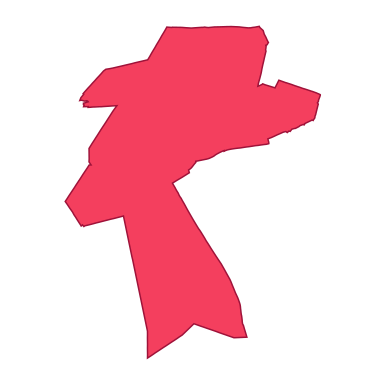 the district of Coyotepec, México, Mexico, rotated 271°
{"feature_id": "50627088B26424362645018", "entity_name": "Coyotepec", "entity_type": "district", "adm_level": 2, "iso_a3": "MEX", "parent_name": "Mexico", "parent_adm1": "México", "projection": "orthographic", "projection_center": [-99.22, 19.786], "detail": "fine", "context": "isolated", "style": "filled", "palette": "rose", "viewbox_px": 384, "rotation_deg": 271, "n_neighbors": 0, "source": "geoboundaries", "source_scale": "gbopen_adm2", "svg_char_len": 5924}
<svg xmlns="http://www.w3.org/2000/svg" viewBox="0 0 384 384"><g transform="rotate(271 192 192)"><path d="M266.0,310.8L265.6,311.9L266.7,312.4L267.3,313.0L267.8,313.3L268.8,313.6L270.1,313.7L271.2,314.2L274.8,315.0L277.4,315.6L280.9,316.4L281.9,316.7L282.3,316.6L282.6,316.4L282.9,316.2L283.3,315.8L283.6,315.9L283.9,316.2L284.6,316.7L285.2,316.9L285.5,316.8L285.9,316.9L286.7,317.1L287.1,317.3L288.0,317.6L288.7,317.9L289.2,318.0L290.0,318.3L290.6,318.5L291.3,318.6L291.6,318.5L291.8,318.0L292.0,317.5L292.3,317.1L292.7,315.8L293.1,315.1L294.7,310.4L295.1,308.9L295.6,307.5L295.7,307.0L296.0,306.2L297.1,302.5L297.1,302.4L297.6,300.7L298.7,297.5L299.0,296.4L299.4,295.1L299.6,294.7L299.7,294.2L300.1,292.9L300.6,291.5L301.1,290.1L301.2,289.8L301.6,288.5L301.7,288.2L301.9,287.5L302.0,287.2L302.2,286.5L302.8,284.6L302.9,284.0L305.3,276.9L301.5,275.1L299.7,274.2L298.8,273.8L298.6,273.7L298.0,273.3L297.6,273.2L298.2,271.1L299.7,265.9L300.5,263.1L301.4,260.8L300.8,260.2L300.7,259.9L299.8,258.2L298.9,256.0L299.8,256.2L301.2,256.4L302.2,256.6L306.8,257.8L310.1,258.6L312.3,259.1L314.0,259.4L316.0,259.7L320.1,260.5L324.2,261.4L327.2,262.0L333.2,263.3L333.9,263.5L334.6,263.4L335.3,263.1L335.9,263.2L336.3,263.3L338.4,263.5L339.5,263.6L339.8,263.5L339.7,263.3L340.0,263.2L340.3,264.0L340.5,264.5L342.9,265.8L343.4,265.4L344.0,265.1L345.8,264.2L348.0,263.2L351.2,261.4L352.0,261.2L352.9,260.9L354.5,260.4L355.0,260.0L356.8,257.9L357.2,257.5L357.7,256.9L358.2,256.6L358.6,256.5L358.8,256.4L357.9,252.0L357.6,249.7L357.2,247.8L357.1,245.9L357.1,244.7L357.2,244.0L357.5,240.1L357.9,236.2L358.0,232.5L358.1,228.8L358.0,224.9L357.8,221.0L357.6,216.9L357.4,211.5L356.8,206.3L356.7,205.8L356.8,203.8L357.1,201.7L356.8,200.1L356.8,198.9L356.5,195.3L356.2,191.8L355.9,188.5L356.1,183.8L356.4,178.9L356.4,175.7L356.4,172.5L356.4,169.3L356.2,169.1L356.2,168.6L356.4,164.5L356.5,164.0L353.5,162.4L350.5,160.7L347.6,159.0L344.6,157.4L341.6,155.7L338.7,154.0L335.7,152.4L332.8,150.7L329.8,149.0L326.8,147.4L323.9,145.7L323.4,145.4L322.6,142.3L321.8,139.1L321.0,135.9L320.2,132.7L319.3,129.6L318.5,126.4L317.7,123.2L316.9,120.1L316.1,116.9L315.3,113.7L314.5,110.5L313.8,107.1L313.2,103.7L311.4,101.4L308.9,99.3L306.4,97.1L304.0,94.9L301.5,92.8L299.1,90.6L296.6,88.5L294.2,86.3L290.1,82.8L288.4,81.4L288.1,81.7L287.8,82.0L284.9,79.7L284.4,79.3L281.5,78.2L281.7,79.1L281.8,80.1L281.7,80.5L281.0,82.9L281.1,83.7L281.2,84.2L281.4,85.2L281.3,85.6L280.9,86.3L280.4,86.7L280.2,86.0L279.8,84.9L279.3,83.5L278.9,81.9L278.2,82.0L277.8,81.9L277.4,82.0L277.2,82.4L276.9,82.7L276.3,82.4L275.4,82.1L275.6,86.7L274.8,86.6L275.0,89.5L275.1,89.8L275.3,92.5L275.3,93.1L275.6,97.1L275.7,99.6L275.7,99.9L275.9,101.9L276.3,106.7L276.3,106.8L276.7,111.2L276.7,111.3L276.9,114.4L277.0,115.4L272.0,111.9L269.3,110.2L266.5,108.5L263.8,106.8L261.0,105.1L258.3,103.4L255.5,101.6L252.8,99.9L250.0,98.2L247.2,96.5L244.5,94.8L241.7,93.1L239.0,91.4L233.8,88.3L233.5,88.3L230.1,88.4L226.6,88.5L223.2,88.6L220.3,88.5L217.3,90.6L217.2,89.2L217.2,88.7L214.1,86.8L211.0,84.8L207.9,82.8L204.8,80.9L201.6,78.9L201.4,78.7L199.9,77.8L197.1,76.0L194.3,74.3L191.5,72.5L188.7,70.7L185.9,68.9L183.1,67.2L180.3,65.4L177.3,67.6L174.2,69.7L171.2,71.9L170.0,72.8L169.3,73.2L169.1,73.3L167.9,74.0L167.5,74.2L166.4,74.9L165.2,75.8L162.1,77.8L159.1,79.8L156.3,81.7L156.1,81.8L157.2,83.1L155.6,84.5L156.3,85.4L157.4,89.7L158.6,94.0L158.9,95.0L159.7,97.7L159.7,97.9L160.6,101.2L161.5,104.4L162.4,107.7L163.3,110.9L164.1,114.2L165.0,117.4L165.9,120.7L166.8,123.9L163.7,124.6L160.6,125.3L157.5,126.0L154.4,126.7L151.3,127.4L148.2,128.1L145.1,128.8L142.0,129.5L138.9,130.2L135.8,130.9L132.7,131.6L129.6,132.3L126.5,133.0L123.4,133.8L120.3,134.5L117.2,135.2L114.1,135.9L111.0,136.6L107.9,137.3L104.8,138.0L101.7,138.7L98.6,139.4L95.5,140.1L92.4,140.8L89.3,141.5L86.2,142.2L83.1,142.9L80.0,143.6L76.9,144.3L73.8,145.0L70.7,145.7L67.6,146.4L64.5,147.1L61.4,147.8L58.3,148.5L55.2,149.2L52.1,149.9L48.7,150.0L45.4,150.0L42.0,150.1L38.7,150.2L35.3,150.2L31.9,150.3L28.6,150.4L25.2,150.4L27.0,153.1L28.8,155.7L30.7,158.3L32.5,161.0L34.3,163.6L36.1,166.2L37.9,168.9L39.7,171.5L41.5,174.1L43.3,176.8L45.1,179.4L47.0,182.0L48.8,184.7L51.1,187.0L53.4,189.3L55.7,191.6L58.0,193.9L60.3,196.2L59.2,199.6L58.1,202.8L57.1,206.0L56.1,209.0L55.1,212.1L54.1,215.2L53.1,218.2L52.0,221.3L51.0,224.3L50.0,227.4L49.0,230.4L48.0,233.5L47.0,236.5L47.2,239.8L47.4,243.0L47.6,246.2L47.8,249.4L51.7,248.2L55.7,246.9L59.6,245.7L60.9,244.9L63.1,244.5L64.6,244.4L66.9,244.1L68.9,243.8L70.5,243.4L71.7,243.2L73.3,243.0L75.0,242.8L76.3,242.6L78.3,242.4L80.0,242.1L81.7,241.6L84.7,240.5L87.2,239.5L91.9,237.2L96.4,235.3L99.6,233.9L102.5,232.7L105.1,231.5L111.3,227.9L115.3,225.6L120.7,222.4L125.4,219.1L128.9,216.7L135.9,212.0L140.1,209.3L143.6,206.9L146.2,205.4L152.9,201.1L155.6,199.1L158.6,197.2L164.4,193.6L170.7,189.8L173.9,187.9L180.1,184.4L183.4,182.4L185.6,181.2L187.0,180.1L188.7,179.1L190.7,178.2L192.5,177.0L194.5,175.8L196.2,174.9L199.6,172.8L200.5,172.3L203.5,176.9L206.3,181.5L211.2,189.0L214.0,188.2L215.0,189.7L216.2,191.0L217.6,192.1L219.9,193.8L221.0,194.7L221.6,195.3L222.8,195.2L223.0,196.4L223.6,199.1L225.2,206.3L225.3,206.6L225.5,207.4L225.8,208.2L226.0,208.8L227.4,211.7L228.3,213.3L229.6,214.9L230.7,216.7L231.4,218.0L232.0,219.0L232.9,220.9L233.7,222.5L234.0,223.4L233.3,223.4L233.5,223.9L233.9,224.4L234.3,225.6L234.7,226.6L235.1,228.2L235.6,230.6L236.0,232.9L236.6,236.8L236.9,239.5L237.8,244.6L238.1,246.6L238.4,248.8L239.4,254.4L239.8,257.7L240.0,258.7L240.7,263.1L241.0,265.5L241.6,267.8L241.7,268.0L242.3,267.9L243.1,267.9L246.4,266.9L247.1,268.5L247.7,270.1L249.1,273.1L250.6,276.1L252.0,279.2L253.4,282.2L253.7,283.3L254.0,284.4L254.1,284.8L253.1,286.2L254.6,287.9L254.3,289.1L256.5,290.7L257.2,292.9L257.4,294.3L259.2,297.7L260.3,299.0L261.0,300.9L261.2,301.3L261.5,302.2L261.0,302.9L261.4,303.3L262.4,303.6L265.7,310.2L266.0,310.8Z" fill="#f43f5e" stroke="#9f1239" stroke-width="1.5"/></g></svg>